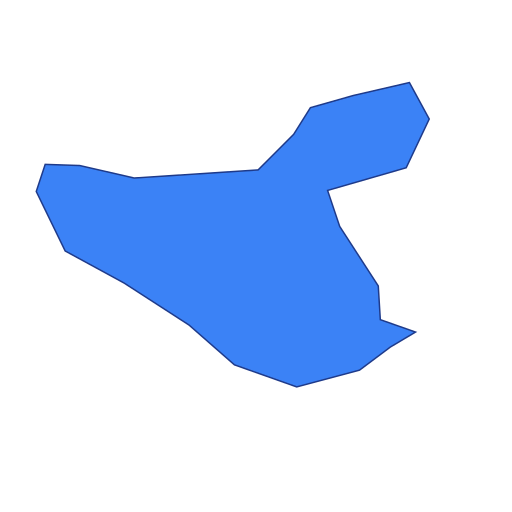 an SVG outline of Three Kings Islands, rotated 347°
{"feature_id": "NZL-5476", "entity_name": "Three Kings Islands", "entity_type": "state/province", "adm_level": 1, "iso_a3": "NZL", "parent_name": "New Zealand", "parent_adm1": "", "projection": "robinson", "projection_center": [172.139, -34.157], "detail": "fine", "context": "isolated", "style": "filled", "palette": "blue", "viewbox_px": 512, "rotation_deg": 347, "n_neighbors": 0, "source": "natural_earth", "source_scale": "10m", "svg_char_len": 456}
<svg xmlns="http://www.w3.org/2000/svg" viewBox="0 0 512 512"><g transform="rotate(347 256 256)"><path d="M342.4,123.7L386.9,121.5L444.5,121.5L455.6,161.5L422.2,203.8L340.5,208.2L344.2,246.0L368.4,312.7L362.8,346.0L394.3,366.0L366.5,374.9L331.2,390.5L266.2,392.7L210.5,357.2L175.2,308.2L121.4,252.7L71.2,208.2L56.4,143.7L71.2,119.3L104.6,128.2L154.8,152.6L277.4,172.6L320.1,145.9L342.4,123.7Z" fill="#3b82f6" stroke="#1e3a8a" stroke-width="1.5"/></g></svg>